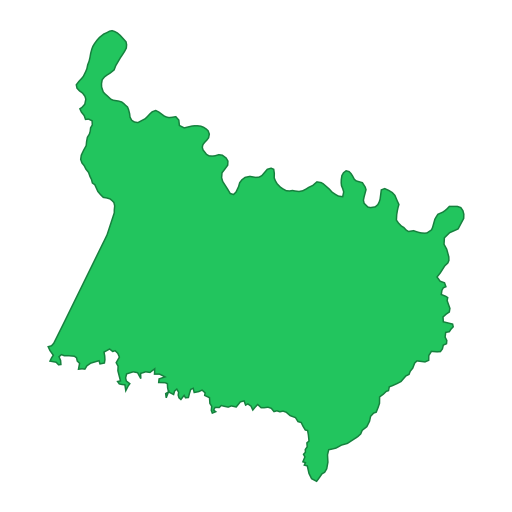 the district of Bituruna, Paraná, Brazil
{"feature_id": "56859067B61553011926600", "entity_name": "Bituruna", "entity_type": "district", "adm_level": 2, "iso_a3": "BRA", "parent_name": "Brazil", "parent_adm1": "Paraná", "projection": "natural_earth1", "projection_center": [-51.539, -26.148], "detail": "fine", "context": "isolated", "style": "filled", "palette": "green", "viewbox_px": 512, "rotation_deg": 0, "n_neighbors": 0, "source": "geoboundaries", "source_scale": "gbopen_adm2", "svg_char_len": 5579}
<svg xmlns="http://www.w3.org/2000/svg" viewBox="0 0 512 512"><path d="M168.5,391.9L173.6,394.5L174.6,391.0L176.8,389.1L178.6,392.3L178.2,395.1L179.0,397.8L180.9,399.5L184.1,395.4L185.5,397.8L188.4,397.5L189.4,393.6L190.7,389.4L193.2,388.3L194.2,392.5L198.8,391.6L202.1,390.1L205.1,392.8L204.7,395.4L209.5,397.7L209.9,403.4L211.7,406.3L211.3,410.4L212.3,413.1L215.7,411.7L213.6,410.1L215.1,407.4L219.2,407.5L221.3,405.5L223.9,406.2L228.2,407.1L231.4,405.9L236.2,407.0L240.3,401.9L244.1,400.9L245.6,405.1L247.8,403.9L251.0,406.1L252.8,410.0L255.1,407.2L257.7,404.5L261.1,407.7L264.3,407.7L268.0,407.2L271.3,408.3L274.0,411.6L276.9,410.8L279.9,411.8L283.0,411.1L286.2,412.2L290.1,415.6L295.5,417.6L298.0,421.6L301.2,422.5L303.0,426.2L305.3,430.0L307.6,430.5L308.4,435.0L309.0,441.0L306.9,442.9L307.2,446.8L305.3,449.5L305.4,452.3L303.5,454.3L304.9,456.9L302.9,461.8L305.4,462.6L304.3,465.1L307.3,465.9L309.0,473.5L311.6,478.7L316.6,481.3L318.5,478.8L322.0,473.8L324.6,472.3L326.7,468.8L327.9,462.2L327.5,454.8L328.7,449.7L331.3,449.2L335.9,448.1L338.2,446.9L341.4,445.1L347.4,443.4L357.8,436.6L360.7,433.9L362.2,430.3L366.8,426.7L369.5,421.3L370.6,416.3L373.6,413.1L376.2,412.2L378.2,407.2L379.5,403.3L379.6,396.9L383.3,394.2L386.2,391.4L388.5,390.6L389.3,386.8L392.3,385.7L397.2,383.5L401.0,381.5L405.9,375.9L409.0,374.4L410.2,371.3L412.7,368.2L414.7,363.0L417.0,360.9L421.8,361.5L425.0,361.9L428.7,360.3L428.8,355.5L431.4,351.4L437.1,351.8L440.4,351.6L442.4,348.9L443.3,345.1L446.5,343.7L446.8,340.5L445.1,337.1L445.7,332.4L449.3,331.7L450.9,329.3L453.2,326.8L452.6,324.1L443.3,321.8L443.0,317.0L446.2,314.1L449.3,312.0L449.9,308.4L447.1,300.6L447.7,297.6L445.7,296.3L441.3,294.5L441.9,290.3L443.3,287.8L445.9,286.7L444.5,282.8L440.1,281.2L437.0,277.0L440.2,273.0L444.8,265.8L447.8,263.0L448.9,260.4L448.8,256.9L446.7,249.2L444.0,244.3L444.4,237.8L449.6,232.7L453.9,230.8L458.1,228.9L463.7,218.4L463.8,214.2L462.9,210.7L460.8,207.6L457.3,206.4L449.4,206.4L447.0,208.9L444.9,210.7L442.7,212.2L437.9,214.3L436.4,216.6L434.9,219.2L432.6,227.4L431.5,229.9L427.1,232.9L424.8,233.2L420.9,232.9L418.4,232.3L416.1,231.6L413.6,230.7L408.5,231.5L406.2,230.1L403.8,227.5L401.3,226.0L398.4,223.0L396.4,220.1L396.7,214.6L397.3,210.9L398.0,207.6L398.9,204.5L397.3,201.1L394.9,195.4L392.3,192.6L388.7,190.4L384.7,188.6L381.3,189.9L380.1,199.2L379.2,202.0L377.8,204.7L375.2,206.9L370.5,207.6L367.9,207.1L364.1,203.3L363.4,200.2L364.1,196.8L366.0,189.7L365.2,187.1L362.4,182.7L356.2,180.9L354.3,179.3L352.5,175.9L351.0,173.6L349.1,171.6L346.1,170.8L343.5,172.8L341.9,175.6L341.3,179.5L341.2,182.8L341.5,185.7L342.7,188.6L343.7,191.9L342.7,196.7L338.4,196.1L335.7,194.6L332.1,192.2L329.2,189.0L323.2,183.8L321.1,182.6L316.9,181.9L314.9,183.6L312.9,185.4L308.5,187.5L306.2,189.0L302.7,190.8L299.0,191.5L294.9,191.0L292.5,190.5L289.6,191.0L286.2,190.7L282.9,188.9L280.2,187.0L277.1,183.8L275.3,180.7L274.2,177.9L274.3,173.4L273.7,169.3L271.1,168.2L267.3,169.3L261.9,175.6L259.0,177.2L255.5,177.4L249.9,176.4L245.1,177.4L241.9,179.8L239.7,182.7L238.6,186.6L236.0,192.1L233.5,194.5L230.2,193.5L227.5,189.0L222.7,181.5L221.6,177.7L222.0,172.8L224.7,169.3L227.7,165.2L227.9,161.1L226.1,158.0L222.3,155.2L218.8,154.7L215.1,155.8L212.4,156.1L209.1,155.9L206.5,154.4L203.0,149.9L202.3,147.3L202.9,144.6L204.7,142.3L206.9,140.0L208.6,137.7L209.3,134.1L208.1,130.8L206.2,129.0L203.6,127.3L200.8,126.2L197.5,125.8L194.4,125.8L191.8,126.1L184.2,127.9L179.4,125.5L178.8,120.1L175.8,116.7L172.2,117.3L169.0,117.6L166.6,117.1L164.3,116.1L158.9,112.1L155.7,110.5L152.2,111.8L150.1,113.7L147.3,116.7L145.1,118.8L137.9,122.6L134.4,122.0L131.7,120.3L130.0,117.1L129.6,113.7L128.6,109.8L127.5,107.0L125.4,105.2L123.7,103.5L121.7,102.0L118.7,101.1L113.0,100.2L110.7,99.1L107.4,96.0L104.9,93.8L103.2,91.9L101.6,87.0L101.5,83.7L102.2,79.7L104.5,76.9L107.2,74.9L110.1,73.1L114.1,69.9L115.7,65.7L120.4,57.7L122.7,54.3L124.6,51.3L126.3,48.1L126.6,44.8L126.0,41.8L123.4,38.9L120.2,35.4L117.4,33.0L114.6,31.5L112.1,30.7L109.6,31.2L106.8,32.7L103.8,34.0L99.5,37.4L97.1,40.1L94.6,43.5L92.9,46.3L91.8,49.2L90.7,53.3L90.0,57.4L89.1,61.2L87.7,64.8L86.9,68.7L85.7,71.6L83.4,76.3L81.7,78.4L78.9,81.4L76.3,84.8L77.0,88.2L79.5,90.9L82.6,93.1L85.0,96.4L85.8,99.3L84.8,104.2L82.1,107.3L79.9,108.8L81.4,112.1L84.2,115.6L85.5,119.4L88.6,119.1L92.1,120.8L92.3,125.0L90.6,127.8L90.2,131.4L89.4,134.1L87.4,137.3L86.6,141.5L86.2,145.6L83.6,150.3L81.3,155.2L80.7,159.4L82.0,163.0L84.2,165.7L85.9,169.1L88.6,172.5L90.0,176.5L91.5,179.5L92.4,183.0L94.8,184.7L97.9,191.5L100.5,194.6L103.3,197.4L106.6,197.9L110.0,198.9L112.1,200.6L113.9,202.5L114.7,205.9L114.3,209.9L114.3,212.8L107.1,234.8L104.1,241.0L102.9,243.4L66.5,317.6L64.9,320.9L55.7,339.4L53.8,343.2L51.5,345.8L48.2,346.7L50.0,350.6L53.3,355.2L51.5,358.0L50.0,361.1L56.1,362.2L58.6,364.8L60.9,364.5L60.6,360.5L59.0,356.7L61.5,354.6L64.2,355.7L68.7,355.7L74.3,356.2L76.5,357.7L77.3,361.1L79.6,363.3L78.5,369.2L82.0,368.8L84.9,369.1L86.9,365.8L90.6,363.2L94.2,362.1L99.0,360.7L100.0,363.9L104.4,363.0L104.9,359.8L104.7,355.9L104.0,352.1L109.6,349.0L112.7,351.5L115.1,350.7L117.8,353.3L119.4,357.1L116.2,362.7L118.1,366.2L117.9,370.8L120.5,380.9L117.6,381.5L119.3,383.9L122.0,384.5L124.9,384.8L125.8,390.6L128.2,385.9L129.8,383.7L126.3,381.0L125.6,377.9L126.6,373.9L133.2,371.8L137.6,372.7L140.8,378.6L140.6,373.4L143.3,372.6L145.6,371.8L150.0,372.4L154.7,368.8L154.5,374.1L159.5,374.1L162.6,375.6L165.0,376.9L159.1,378.9L158.7,382.5L165.2,382.7L167.4,383.7L167.6,387.7L168.5,391.9ZM168.5,391.9L165.7,393.6L166.2,397.8L168.5,391.9Z" fill="#22c55e" stroke="#15803d" stroke-width="1.5"/></svg>